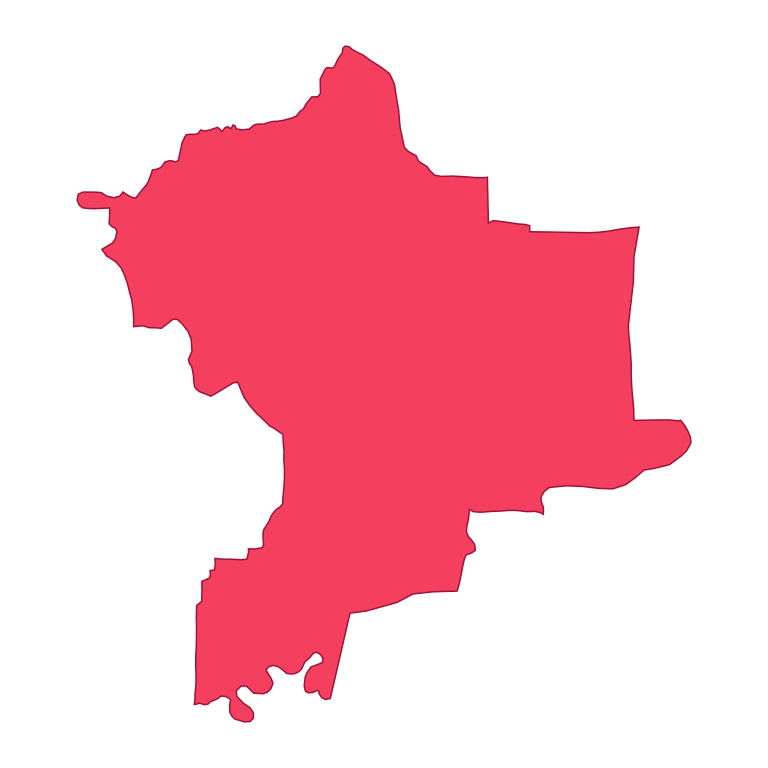 Pur SenChey, Phnom Penh, Cambodia (Robinson projection)
{"feature_id": "14789045B97702071431855", "entity_name": "Pur SenChey", "entity_type": "district", "adm_level": 2, "iso_a3": "KHM", "parent_name": "Cambodia", "parent_adm1": "Phnom Penh", "projection": "robinson", "projection_center": [104.778, 11.53], "detail": "fine", "context": "isolated", "style": "filled", "palette": "rose", "viewbox_px": 768, "rotation_deg": 0, "n_neighbors": 0, "source": "geoboundaries", "source_scale": "gbopen_adm2", "svg_char_len": 4718}
<svg xmlns="http://www.w3.org/2000/svg" viewBox="0 0 768 768"><path d="M330.3,698.5L350.0,613.1L366.3,611.0L379.3,607.4L397.1,602.4L412.9,594.0L424.5,592.7L433.1,591.8L445.1,591.4L454.2,591.2L457.2,591.0L459.1,584.3L461.4,573.6L462.6,566.8L464.2,559.8L466.0,555.0L471.7,552.9L475.4,550.3L474.7,544.5L471.5,540.0L468.3,536.3L466.5,532.1L466.7,527.7L467.4,523.9L468.7,517.6L469.4,509.4L473.1,511.6L478.2,512.1L482.8,512.1L491.5,511.4L501.2,511.0L508.9,510.4L514.9,510.4L520.0,510.8L525.9,511.6L531.2,511.6L533.8,511.3L536.2,511.6L540.7,512.8L543.3,514.3L543.5,510.8L543.3,507.1L541.2,501.3L541.1,497.0L544.1,491.6L549.4,487.4L567.0,485.8L568.8,485.9L582.6,486.4L598.7,488.4L612.7,488.9L625.8,484.6L635.1,477.8L643.9,470.1L654.8,468.3L669.8,464.5L680.9,456.2L686.4,451.1L690.6,443.7L690.9,441.2L690.3,436.9L688.0,431.3L684.6,425.3L680.6,420.3L678.3,420.8L668.7,419.9L655.6,420.0L634.0,420.4L633.8,414.8L633.7,408.8L633.2,402.8L631.9,389.3L631.2,376.1L631.2,364.0L630.6,353.8L629.8,343.7L628.6,332.5L628.4,324.6L628.8,322.1L629.1,319.3L633.4,281.3L634.0,256.6L639.1,227.1L633.0,227.5L625.9,228.3L618.7,229.3L608.8,231.1L598.4,232.3L588.2,232.7L529.7,231.7L529.7,225.6L524.6,224.4L518.7,224.0L509.9,222.7L498.0,221.1L493.2,220.7L488.4,223.0L487.4,177.3L483.5,177.7L475.5,177.6L465.1,176.7L452.1,176.1L441.1,176.4L434.7,175.2L430.7,171.5L427.1,166.8L418.6,161.2L416.1,155.7L408.5,151.6L404.3,147.3L400.1,127.3L398.5,109.1L396.6,98.5L394.4,84.2L389.7,73.8L380.9,67.1L370.0,60.2L363.2,55.1L356.3,51.8L352.0,49.3L349.3,46.8L345.2,46.1L342.8,48.3L342.2,53.0L339.7,56.4L337.7,59.5L334.8,65.8L332.8,68.2L327.8,67.5L325.6,68.6L322.9,73.6L320.2,79.2L320.3,84.2L320.4,93.6L317.8,96.8L311.7,96.9L309.4,99.9L306.5,103.2L303.5,108.7L299.6,111.8L296.4,116.1L291.0,118.4L287.0,119.3L282.6,120.5L277.8,121.2L272.5,121.5L268.0,122.7L262.8,124.3L260.6,124.0L256.8,124.2L254.2,124.9L251.8,126.8L249.2,129.2L246.7,129.3L243.7,129.8L241.5,129.8L238.9,129.3L236.5,128.9L235.1,125.9L233.1,124.9L231.0,128.7L227.5,126.6L225.0,127.8L222.0,131.5L220.6,130.0L217.7,127.3L214.4,128.4L209.8,130.0L204.6,131.0L200.6,130.0L198.0,133.7L194.8,134.3L190.4,134.3L186.4,134.7L184.9,136.8L181.9,143.3L181.0,148.0L179.3,155.6L178.2,160.7L175.1,162.0L172.3,160.9L169.8,160.6L164.9,162.0L161.6,166.9L158.7,168.6L155.8,169.4L152.4,169.9L151.5,173.0L149.9,177.5L148.3,181.6L145.7,185.8L143.2,188.6L141.7,190.4L139.9,192.6L137.2,196.2L135.5,198.2L131.5,197.2L127.1,194.8L123.0,192.0L119.7,196.2L116.3,197.0L114.1,197.8L106.4,196.0L101.5,192.6L96.3,192.2L90.5,192.1L83.1,192.1L78.2,194.2L77.1,200.1L79.1,205.0L82.6,207.8L87.8,208.5L94.6,208.7L102.4,208.3L109.6,208.0L109.7,213.9L109.1,223.7L111.8,226.5L115.6,228.5L116.9,231.4L115.4,238.9L112.3,243.1L101.9,249.3L106.6,256.0L111.2,258.8L116.0,262.0L121.2,268.0L124.4,274.9L127.6,284.1L129.7,292.8L131.6,299.5L133.0,308.6L133.7,319.4L133.6,326.7L137.5,326.2L143.1,325.8L149.2,327.7L155.5,327.8L161.4,328.3L168.1,323.1L173.1,319.1L177.5,319.5L182.5,324.2L188.0,331.4L191.2,339.3L192.0,351.2L188.4,359.5L189.6,363.9L191.4,366.1L192.5,370.1L193.6,376.8L193.8,381.5L194.6,386.9L197.0,389.8L199.8,391.8L205.1,393.8L210.8,396.2L218.7,391.7L226.1,387.2L233.1,382.9L237.7,382.2L240.7,389.3L244.1,397.5L249.6,405.3L256.7,413.6L261.8,418.2L269.8,426.0L275.0,428.9L280.6,432.9L282.9,434.2L283.3,443.7L284.0,451.4L283.8,459.2L284.5,470.0L284.4,478.6L283.9,487.5L283.0,496.6L282.6,503.8L280.4,506.6L277.5,508.5L274.7,511.0L271.4,515.5L269.1,521.0L266.2,525.8L264.0,529.3L263.2,531.6L263.0,534.2L263.1,538.6L263.5,544.5L262.5,547.6L254.3,549.1L248.4,548.8L248.6,551.9L247.5,556.8L246.8,559.2L240.9,559.7L230.4,559.2L221.5,559.1L217.3,558.6L214.9,558.5L215.3,564.2L214.5,570.0L210.1,570.5L210.3,575.0L209.4,578.0L201.8,581.4L202.0,592.2L201.6,601.5L196.6,605.5L196.3,618.0L196.5,626.0L196.5,635.7L196.3,646.6L195.8,655.5L195.7,664.8L196.0,673.2L196.0,683.4L195.0,694.5L195.0,698.9L194.3,704.5L196.9,704.1L199.0,703.2L201.7,703.8L204.1,704.7L208.0,704.1L210.5,701.7L214.1,700.3L217.3,698.8L221.5,696.0L226.0,696.6L230.6,699.5L229.6,705.4L229.9,712.2L231.7,715.9L234.6,718.9L244.5,721.9L250.3,721.5L253.5,718.0L253.4,712.8L250.2,707.9L243.4,703.2L236.8,696.3L236.4,690.7L241.0,686.2L246.3,686.0L249.5,689.0L253.7,693.2L263.4,693.7L267.7,692.0L270.9,688.7L273.0,683.3L271.1,678.2L268.3,673.9L266.0,670.1L268.7,666.7L273.7,665.4L278.0,666.6L281.5,669.0L286.6,673.4L290.6,674.0L294.7,673.7L298.7,671.8L301.5,669.1L304.9,661.9L309.9,657.5L313.3,653.2L316.8,652.3L320.9,654.9L323.0,658.9L322.3,662.6L316.7,664.9L311.0,666.9L307.0,672.5L305.3,676.6L304.6,681.9L304.2,686.1L305.4,691.2L308.3,692.8L313.2,692.4L316.6,690.6L318.6,690.9L319.2,693.9L321.8,697.7L325.5,699.4L330.3,698.5Z" fill="#f43f5e" stroke="#9f1239" stroke-width="1.5"/></svg>